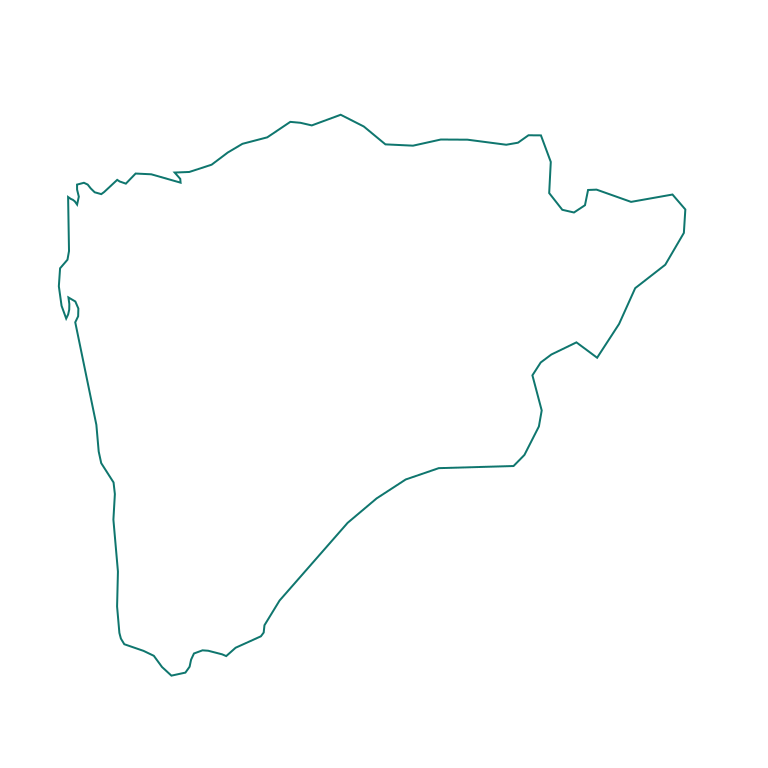 the State of Akwa Ibom, rotated 85°
{"feature_id": "NGA-2842", "entity_name": "Akwa Ibom", "entity_type": "State", "adm_level": 1, "iso_a3": "NGA", "parent_name": "Nigeria", "parent_adm1": "", "projection": "mercator", "projection_center": [7.82, 5.014], "detail": "fine", "context": "isolated", "style": "outline", "palette": "teal", "viewbox_px": 768, "rotation_deg": 85, "n_neighbors": 0, "source": "natural_earth", "source_scale": "10m", "svg_char_len": 1493}
<svg xmlns="http://www.w3.org/2000/svg" viewBox="0 0 768 768"><g transform="rotate(85 384 384)"><path d="M621.1,525.5L624.6,528.6L633.8,554.8L641.3,564.9L639.2,568.8L634.4,582.4L633.5,588.0L635.9,596.8L641.8,600.2L648.7,602.3L654.2,607.0L656.0,621.2L646.6,629.8L634.7,637.0L628.9,646.8L620.6,665.4L614.7,668.3L608.9,669.3L582.4,669.3L547.7,665.4L495.6,665.4L470.2,661.7L458.5,662.0L438.2,672.6L426.4,674.1L399.6,674.1L295.6,686.2L289.9,682.8L282.2,681.9L274.9,684.3L270.3,690.8L276.9,690.5L282.5,691.1L287.2,692.6L291.1,694.9L278.0,698.4L258.3,699.4L240.5,696.6L232.6,688.5L224.1,686.2L170.2,682.4L172.3,679.9L173.4,677.9L175.1,676.1L178.5,674.1L170.8,671.7L163.6,672.8L158.6,672.4L157.4,665.4L159.5,661.8L163.6,659.1L167.8,655.5L170.2,649.1L168.4,646.1L157.4,632.0L159.2,629.7L161.9,623.7L152.7,613.1L154.8,597.6L165.7,569.1L161.9,569.1L155.1,574.1L155.8,559.5L150.5,536.6L139.8,519.5L132.4,504.1L128.1,478.8L114.7,454.5L116.5,444.5L120.1,433.4L112.0,403.7L125.7,381.7L145.4,361.7L149.1,334.3L145.4,306.1L147.9,279.5L156.3,241.4L155.3,229.5L148.8,218.4L150.0,206.0L177.3,198.5L208.2,202.8L226.0,191.2L229.7,179.8L223.4,168.2L208.5,163.8L208.9,155.3L224.1,122.0L220.4,80.1L236.4,68.6L259.6,72.1L289.7,93.4L310.4,125.4L344.7,144.6L376.4,169.4L359.3,188.7L369.2,214.7L376.2,226.0L388.3,235.4L424.1,229.2L439.8,233.4L466.9,250.3L477.0,262.1L472.6,336.8L481.0,370.7L497.3,401.3L519.1,432.3L590.6,506.9L613.9,524.1L621.0,525.5L621.1,525.5Z" fill="none" stroke="#0f766e" stroke-width="2"/></g></svg>